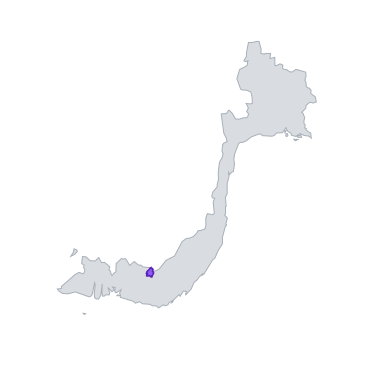 Tuy Duc, Đắk Nông, Vietnam (highlighted), rotated 47°
{"feature_id": "81297802B14510014839166", "entity_name": "Tuy Duc", "entity_type": "district", "adm_level": 2, "iso_a3": "VNM", "parent_name": "Vietnam", "parent_adm1": "Đắk Nông", "projection": "robinson", "projection_center": [107.388, 12.134], "detail": "fine", "context": "in_parent", "style": "filled", "palette": "violet", "viewbox_px": 384, "rotation_deg": 47, "n_neighbors": 0, "source": "geoboundaries", "source_scale": "gbopen_adm2", "svg_char_len": 5581}
<svg xmlns="http://www.w3.org/2000/svg" viewBox="0 0 384 384"><g transform="rotate(47 192 192)"><path d="M233.9,68.1L230.8,68.4L227.4,71.3L223.0,73.1L222.0,78.3L218.3,80.6L216.6,79.5L212.9,80.6L209.0,79.5L210.3,85.4L206.4,90.1L206.8,93.1L205.8,95.4L198.9,102.0L196.9,102.1L195.4,103.2L192.1,111.1L191.6,117.6L190.2,121.3L188.7,122.9L188.3,124.9L193.5,135.3L196.9,139.4L200.3,141.6L205.3,147.7L204.6,149.3L204.9,152.8L202.5,151.8L202.8,152.2L205.7,154.1L209.9,160.7L217.4,167.6L218.6,171.1L225.8,176.8L225.6,177.6L230.7,182.2L231.3,184.0L235.1,183.8L238.6,189.2L239.8,189.2L240.1,191.4L245.8,200.5L250.6,205.1L252.9,213.5L255.8,219.9L255.8,223.5L260.1,239.1L259.8,241.1L259.0,239.1L259.1,245.0L259.8,248.2L259.5,252.0L262.5,259.2L262.9,267.2L260.8,263.8L258.5,266.1L260.2,271.8L258.2,271.3L258.4,278.9L259.3,281.6L259.1,282.6L258.1,280.6L257.3,284.2L258.1,286.7L256.8,289.5L255.0,289.7L254.0,295.4L250.7,295.9L248.4,298.5L245.4,299.4L240.0,304.4L236.5,305.2L234.7,309.2L231.6,309.6L220.1,316.3L218.8,314.7L216.7,314.1L215.1,310.5L214.0,316.3L213.1,316.7L211.3,315.6L209.6,313.3L207.3,314.9L209.9,315.3L210.6,316.8L210.2,318.6L204.5,318.6L209.7,320.9L210.8,322.6L208.3,325.4L208.2,327.5L207.0,328.4L204.2,326.6L198.0,320.3L205.3,329.2L206.6,333.3L204.8,335.1L202.8,335.2L199.3,332.5L193.9,326.1L192.0,325.2L198.5,334.3L199.4,336.4L198.6,338.7L185.5,345.5L182.0,352.0L177.9,355.9L173.5,356.9L171.1,356.6L173.6,353.3L172.1,352.0L172.6,334.0L173.8,329.4L177.5,327.5L177.6,326.5L176.3,323.7L173.2,322.7L171.8,320.7L169.1,321.5L164.5,316.1L167.2,313.7L172.8,313.3L176.6,309.6L176.2,305.4L176.6,304.9L181.9,306.4L183.7,304.0L190.6,303.1L192.5,306.0L194.2,305.5L197.3,307.4L198.6,307.5L198.0,304.7L198.5,302.1L192.6,296.3L192.5,288.7L194.0,288.3L195.5,286.0L203.2,287.6L203.5,281.7L209.1,281.0L210.4,279.4L213.6,278.8L219.2,273.8L221.5,273.4L222.7,274.7L224.9,272.4L225.9,268.5L224.3,257.5L226.9,248.4L221.5,233.1L222.2,227.6L223.8,225.8L225.5,221.4L225.3,216.4L224.4,214.0L225.9,212.3L227.8,207.8L226.1,204.8L220.5,199.7L218.3,195.6L222.7,192.3L222.8,190.2L213.7,183.3L212.1,179.7L210.0,181.1L208.4,180.2L206.2,176.7L205.4,169.9L203.9,168.8L200.8,164.0L195.7,159.6L189.6,152.4L188.4,150.2L187.6,146.9L185.1,143.1L182.7,142.3L178.4,137.5L177.9,135.4L179.1,132.0L176.1,130.2L170.7,128.6L154.8,117.4L158.1,113.4L157.2,109.7L157.5,109.1L161.9,108.9L168.3,110.4L171.3,107.3L172.7,104.0L174.9,101.4L175.0,100.0L173.4,97.3L170.5,97.2L169.0,93.5L164.1,92.0L167.3,89.4L168.3,87.4L163.8,83.5L159.0,80.7L154.8,82.6L151.5,85.8L150.0,86.3L139.7,81.9L134.9,73.6L136.8,66.8L136.8,64.3L134.8,63.1L134.3,61.5L132.8,64.3L131.3,64.4L129.8,59.3L128.0,58.1L121.1,48.7L123.2,46.7L126.5,41.3L127.8,40.4L134.7,44.0L137.6,47.1L140.6,45.0L140.6,43.9L144.3,40.0L147.5,44.0L150.0,39.7L156.1,45.1L157.1,44.1L158.3,40.3L160.0,39.3L161.4,39.1L163.0,41.2L164.4,41.4L167.4,39.2L170.5,38.8L172.6,36.8L173.2,32.6L174.0,31.8L181.9,27.1L185.1,29.6L187.2,33.2L189.9,34.1L192.8,36.5L195.1,36.2L195.9,35.4L198.7,35.5L201.2,38.0L206.3,36.9L210.9,39.7L209.4,42.9L207.1,44.3L206.5,46.0L206.5,49.5L208.4,51.8L208.6,57.6L209.9,57.1L214.6,58.9L216.3,61.7L218.6,63.5L220.4,63.6L221.9,65.9L223.5,65.1L224.2,66.1L227.5,65.8L229.8,64.9L233.9,68.1ZM157.3,316.5L157.6,320.2L156.4,324.6L155.1,319.8L153.1,317.0L155.8,315.7L157.3,316.5ZM226.8,74.6L224.0,77.4L222.9,77.4L224.3,73.5L226.8,74.6ZM215.7,85.1L214.9,85.2L213.4,83.4L214.2,82.5L215.9,83.1L216.3,84.0L215.7,85.1ZM225.2,81.1L224.1,81.7L222.8,81.6L225.8,78.7L225.2,81.1ZM211.1,81.1L212.3,84.0L210.6,82.5L211.1,81.1ZM218.8,315.3L216.6,317.7L216.5,316.6L218.8,315.3ZM208.2,354.3L206.5,354.3L208.3,352.8L208.2,354.3Z" fill="#d9dde1" stroke="#a8b0b8" stroke-width="1"/><path d="M222.1,282.1L222.3,282.0L222.5,282.0L222.5,281.9L222.6,281.7L222.8,281.7L223.0,281.6L222.9,281.5L222.9,281.4L223.0,281.4L223.1,281.2L223.2,280.9L223.3,280.8L223.4,280.7L223.6,280.7L223.8,280.8L223.9,280.6L224.0,280.4L224.1,280.2L224.3,280.2L224.5,280.2L224.8,280.2L225.1,280.0L225.2,279.9L225.3,279.9L225.5,279.9L225.4,279.8L225.5,279.7L225.6,279.4L225.7,279.5L225.8,279.4L225.9,279.5L226.1,279.5L226.4,279.5L226.5,279.5L226.6,279.4L226.7,279.2L226.4,279.1L226.3,278.9L226.4,278.7L226.4,278.4L226.2,278.3L226.2,278.2L226.0,277.9L226.0,277.7L225.9,277.6L225.9,277.4L225.8,277.1L225.7,277.0L225.7,276.9L225.6,276.7L225.6,276.4L225.5,276.2L225.4,276.1L225.3,275.9L225.3,275.7L225.2,275.7L225.1,275.4L224.9,275.2L224.7,275.1L224.4,275.0L224.3,274.9L224.1,275.0L224.0,274.9L223.9,274.8L223.7,274.9L223.7,275.0L223.4,275.1L223.2,275.1L222.9,274.9L222.8,274.7L222.7,274.6L222.6,274.4L222.6,274.2L222.4,274.0L222.4,273.9L222.3,273.6L222.2,273.6L222.1,273.4L221.9,273.3L221.8,273.2L221.7,273.2L221.4,273.3L221.2,273.4L221.1,273.2L220.9,273.2L220.7,273.2L220.6,273.3L220.4,273.3L220.2,273.4L220.2,273.5L219.9,273.6L219.8,273.8L219.7,273.8L219.5,274.0L219.4,273.9L219.4,274.0L219.4,273.9L219.4,274.0L219.3,273.9L219.2,273.9L219.1,274.0L219.4,276.1L219.5,276.9L219.5,277.1L219.5,277.6L219.4,277.7L219.4,277.8L219.5,277.8L219.5,278.0L219.6,278.3L219.6,278.5L219.5,279.0L219.6,279.3L219.6,279.5L219.6,279.8L219.6,280.0L219.6,279.9L219.7,279.7L219.7,279.8L219.7,279.7L219.8,279.7L219.8,279.8L219.8,280.0L220.0,280.1L220.3,280.2L220.3,280.3L220.3,280.2L220.4,280.3L220.4,280.2L220.5,280.2L220.5,280.3L220.6,280.2L220.8,280.2L220.8,280.4L221.0,280.3L221.3,280.4L221.4,280.5L221.5,280.6L221.6,280.8L221.8,281.0L221.8,281.3L221.9,281.5L222.0,281.6L222.0,281.8L221.9,281.7L221.9,281.8L222.0,281.8L221.9,281.8L222.0,281.9L221.9,281.9L222.0,281.9L222.0,282.0L222.1,282.1Z" fill="#8b5cf6" stroke="#5b21b6" stroke-width="1.5"/></g></svg>